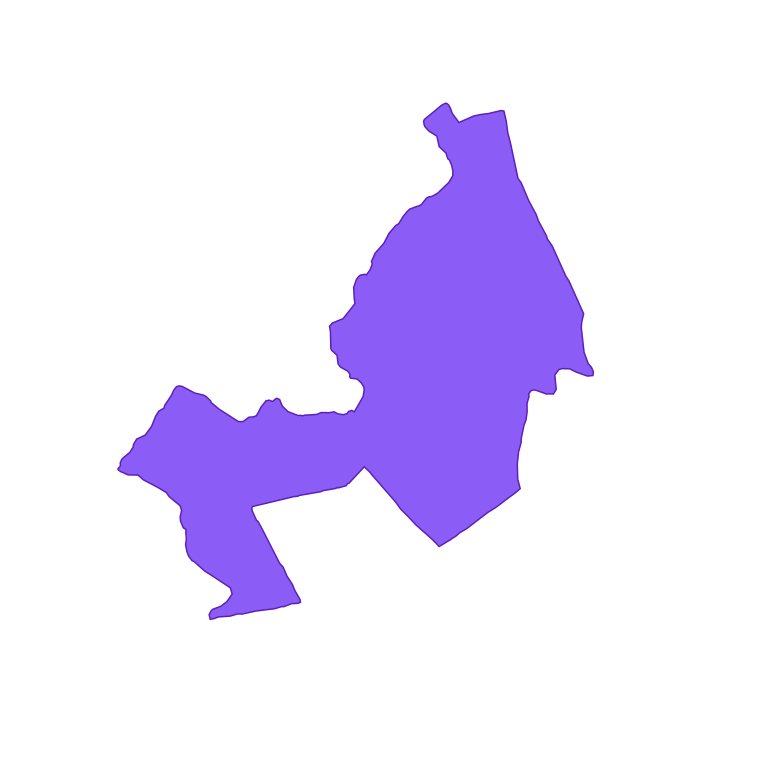 Oratorio, Santa Rosa, Guatemala (Robinson projection), rotated 35°
{"feature_id": "79465075B83773112277760", "entity_name": "Oratorio", "entity_type": "district", "adm_level": 2, "iso_a3": "GTM", "parent_name": "Guatemala", "parent_adm1": "Santa Rosa", "projection": "robinson", "projection_center": [-90.174, 14.117], "detail": "fine", "context": "isolated", "style": "filled", "palette": "violet", "viewbox_px": 768, "rotation_deg": 35, "n_neighbors": 0, "source": "geoboundaries", "source_scale": "gbopen_adm2", "svg_char_len": 3479}
<svg xmlns="http://www.w3.org/2000/svg" viewBox="0 0 768 768"><g transform="rotate(35 384 384)"><path d="M214.7,606.0L215.4,606.8L218.5,606.8L226.6,605.2L234.7,599.7L242.0,600.5L258.5,598.4L268.2,597.8L272.7,599.5L286.9,600.7L290.8,603.7L293.1,609.5L295.9,613.0L302.0,616.9L305.3,616.8L307.3,619.9L311.0,624.3L313.6,629.4L318.4,634.1L322.4,636.9L328.0,638.8L330.4,638.4L344.6,640.1L351.7,639.7L375.1,639.1L380.1,643.2L380.1,652.4L377.8,659.7L372.9,666.8L372.5,669.0L373.0,673.2L376.6,676.4L379.1,674.0L382.2,669.5L383.3,668.7L391.1,662.4L396.1,656.2L399.9,653.7L409.1,643.6L423.5,630.6L427.8,625.1L429.7,623.8L432.7,619.4L434.1,617.1L439.1,613.2L440.8,610.8L439.0,608.8L429.1,604.1L424.1,600.8L414.7,597.0L406.5,591.9L401.3,590.7L366.3,572.1L359.7,568.9L357.8,568.8L348.9,563.6L346.8,561.3L346.7,559.6L374.8,527.9L377.9,525.3L378.3,524.1L394.0,508.5L395.2,506.4L404.6,497.0L404.9,495.6L406.0,495.5L411.4,488.9L411.2,486.7L412.2,485.4L415.3,463.2L422.4,464.2L426.9,465.5L461.1,474.0L469.3,476.9L480.1,478.8L490.9,481.1L508.5,483.1L515.7,484.1L522.4,485.5L528.0,472.8L528.4,471.6L530.1,467.5L531.3,462.6L534.7,455.0L542.6,430.0L546.4,420.9L551.1,406.3L553.9,398.2L555.6,391.6L548.0,385.1L546.5,383.1L539.1,373.1L533.2,362.5L529.9,353.3L527.6,349.7L522.5,338.0L520.9,331.9L517.2,324.7L512.4,318.0L509.9,310.9L508.1,308.9L508.3,305.2L509.5,303.4L511.9,302.0L522.6,299.1L526.8,296.1L528.5,295.1L528.2,289.7L518.8,278.7L519.0,271.7L521.0,269.3L527.5,265.0L534.3,264.1L546.2,260.8L550.3,257.2L548.6,254.0L544.5,251.4L539.7,250.2L529.7,243.3L516.3,228.1L513.2,224.6L510.2,219.4L507.3,212.0L476.6,193.6L470.8,191.2L442.9,174.6L434.7,171.5L432.0,169.4L416.9,161.8L411.5,157.9L397.6,150.9L380.6,140.3L375.9,138.8L349.3,114.0L341.4,107.3L333.3,98.5L325.6,91.6L323.0,92.9L314.4,102.6L308.6,107.8L303.7,113.1L295.4,126.8L284.7,123.2L280.2,120.0L277.0,118.4L275.4,118.2L274.3,118.2L273.5,118.7L272.5,120.1L271.1,123.2L268.5,132.8L265.3,144.2L265.8,146.1L268.4,148.8L270.6,150.0L276.3,151.1L285.1,150.6L293.0,157.9L302.3,159.3L307.1,162.9L309.1,163.0L314.0,166.0L318.5,170.3L320.9,174.1L321.5,181.7L318.5,196.9L315.8,202.6L313.3,205.1L312.2,207.4L311.7,215.5L310.5,218.0L309.5,219.1L306.3,223.7L304.8,225.9L304.1,229.0L303.6,235.5L304.1,244.3L302.7,247.6L301.7,257.8L303.2,268.9L301.7,281.9L303.5,291.0L304.7,291.6L305.6,292.5L307.1,298.6L307.0,304.7L305.6,305.0L302.6,307.9L301.7,309.7L301.4,314.1L303.8,322.4L305.2,324.1L310.4,330.8L314.1,334.8L313.0,354.0L309.7,359.0L307.6,362.4L306.7,363.6L306.3,368.0L309.4,371.1L310.9,372.9L320.0,385.3L321.7,386.4L329.0,387.4L334.9,393.9L338.6,395.1L346.9,394.3L350.6,395.6L351.8,397.8L353.2,398.4L359.2,395.3L365.0,396.2L369.1,397.9L371.2,400.3L374.1,406.3L375.7,423.8L372.8,424.1L371.7,425.5L370.8,426.7L370.7,429.4L368.5,432.3L363.4,434.9L359.1,435.4L354.9,439.6L352.8,440.7L348.8,443.5L346.4,447.4L340.2,452.5L337.1,454.8L335.6,456.7L333.2,457.8L331.7,459.1L321.3,461.7L313.5,460.5L307.6,456.7L305.4,456.9L304.0,457.6L302.7,462.2L299.0,463.2L298.2,464.3L297.0,465.2L296.5,473.4L297.5,480.7L297.6,483.2L295.9,485.8L292.4,488.7L290.0,495.8L286.2,498.3L262.9,499.2L253.1,498.3L251.7,497.3L245.5,496.3L242.6,496.6L234.0,500.0L220.3,501.7L217.6,502.8L215.5,505.2L215.3,509.0L216.4,516.0L216.6,527.0L217.6,530.0L215.1,535.4L215.4,541.4L217.9,552.0L217.7,562.9L213.0,570.9L213.4,576.9L214.7,579.7L215.0,585.8L213.0,593.0L212.4,596.1L213.1,599.8L213.9,600.8L214.8,601.9L215.0,603.0L214.7,606.0Z" fill="#8b5cf6" stroke="#5b21b6" stroke-width="1.5"/></g></svg>